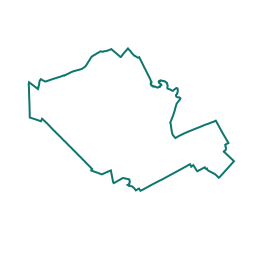 Dobrotesti, Teleorman, Romania (Albers equal-area conic projection), rotated 64°
{"feature_id": "2599482B98180276767532", "entity_name": "Dobrotesti", "entity_type": "district", "adm_level": 2, "iso_a3": "ROU", "parent_name": "Romania", "parent_adm1": "Teleorman", "projection": "albers", "projection_center": [24.898, 44.284], "detail": "fine", "context": "isolated", "style": "outline", "palette": "teal", "viewbox_px": 256, "rotation_deg": 64, "n_neighbors": 0, "source": "geoboundaries", "source_scale": "gbopen_adm2", "svg_char_len": 5330}
<svg xmlns="http://www.w3.org/2000/svg" viewBox="0 0 256 256"><g transform="rotate(64 128 128)"><path d="M150.1,179.7L150.3,179.5L151.7,178.1L154.7,175.2L158.2,171.9L158.3,169.1L158.5,163.2L158.6,162.0L170.2,165.1L170.4,165.1L171.3,165.0L171.3,164.7L170.8,156.3L170.7,154.6L170.9,154.2L174.3,149.9L174.4,149.7L174.7,149.5L174.9,149.4L175.7,149.7L176.7,149.8L177.1,149.9L177.4,150.1L177.6,150.3L177.6,150.5L178.3,151.0L178.9,151.4L178.9,151.5L178.8,151.8L179.3,152.3L179.1,152.6L179.1,152.8L179.0,153.0L179.0,153.3L180.0,152.8L180.2,152.7L180.7,152.1L180.8,151.6L181.0,151.3L181.6,150.8L182.1,150.1L182.6,149.8L183.6,149.4L184.1,149.0L187.5,148.3L187.2,144.7L189.9,144.3L189.9,142.0L189.7,137.1L189.4,131.4L189.2,123.1L189.2,119.3L188.9,113.2L188.4,101.1L188.0,93.2L187.7,88.2L188.6,88.1L189.2,87.9L190.5,88.1L190.2,86.5L190.0,85.6L193.2,85.2L194.7,85.1L197.2,84.7L197.3,84.4L197.2,83.0L197.0,77.5L197.0,76.3L197.7,76.3L197.7,76.2L198.8,75.9L198.9,75.5L198.9,75.1L199.0,74.9L199.2,75.1L199.5,75.2L199.8,75.0L200.5,74.9L201.8,74.4L202.1,74.2L202.4,73.9L203.8,72.8L206.2,71.1L207.5,70.1L207.8,69.9L210.5,68.9L211.1,68.7L212.5,68.3L212.5,68.0L212.5,67.7L210.1,61.6L209.8,60.9L206.7,53.2L205.0,49.0L204.3,47.3L197.3,49.9L192.6,51.7L191.5,52.2L191.3,52.3L191.2,52.3L191.1,52.1L190.9,51.4L191.0,51.2L190.9,50.9L190.9,50.6L190.7,50.2L190.5,49.8L190.4,49.7L190.2,49.5L189.7,49.3L189.5,49.0L189.1,48.7L188.8,48.6L188.6,48.6L188.3,48.5L187.7,48.6L187.1,48.5L186.9,48.4L186.7,48.1L185.9,47.9L185.7,47.9L185.6,47.1L185.5,44.3L185.0,44.3L178.8,44.8L175.4,45.1L175.2,45.1L170.1,45.4L169.8,45.4L164.8,45.6L159.9,45.9L159.9,48.3L159.7,49.6L159.5,52.0L159.3,54.4L159.0,56.6L158.9,57.7L158.7,61.3L158.6,62.3L158.6,63.1L158.5,64.1L158.3,66.7L157.7,75.1L157.5,79.5L157.5,80.8L157.5,83.4L157.5,86.0L157.7,88.2L157.8,89.8L157.3,90.0L153.6,90.8L153.3,90.8L152.3,90.6L148.4,89.6L144.6,88.4L144.2,88.2L142.8,87.8L142.2,87.8L141.6,87.7L141.4,87.4L141.2,87.1L140.5,86.3L137.9,83.5L136.9,82.4L133.5,79.0L133.0,78.5L132.6,78.3L131.0,76.9L130.5,76.5L129.9,75.8L129.2,75.3L128.5,74.6L128.0,74.1L127.6,73.8L127.1,73.0L125.4,69.4L124.7,68.1L124.4,68.0L123.9,67.9L123.7,68.0L123.3,68.2L123.0,68.5L122.7,68.9L122.5,69.5L122.1,70.0L121.5,70.4L120.7,70.8L120.1,70.7L119.8,70.6L119.4,70.3L119.2,70.1L119.2,69.7L119.0,69.1L118.9,69.0L118.7,69.0L118.0,68.3L117.8,68.1L117.8,67.8L117.6,67.7L117.4,67.5L116.4,67.1L115.9,66.7L115.5,66.5L114.7,66.3L114.2,66.2L113.5,66.6L113.4,66.8L113.3,67.1L113.3,67.3L113.4,67.6L113.4,68.0L113.6,68.3L113.6,69.0L113.7,69.5L114.1,70.6L114.2,71.0L114.2,71.5L114.0,71.8L113.7,72.1L113.1,72.4L112.9,72.6L112.0,73.1L111.3,73.8L111.1,74.1L110.4,74.8L109.8,75.1L109.6,75.2L109.4,75.2L108.8,74.9L108.7,74.7L107.7,74.1L107.6,73.9L106.9,73.7L106.6,73.7L106.4,73.7L105.9,73.5L105.7,73.5L105.3,73.3L104.9,73.3L104.8,73.5L104.3,73.3L103.1,74.0L102.7,74.2L102.5,74.4L102.2,74.5L102.0,74.9L101.6,75.0L101.2,75.7L101.2,75.9L100.5,76.6L100.3,76.7L100.2,76.9L100.1,77.2L99.4,77.9L99.4,78.2L99.4,78.6L99.4,78.9L99.4,79.0L99.6,79.0L99.4,79.4L99.7,79.8L99.9,80.1L100.2,80.2L100.5,80.2L101.4,80.2L102.2,79.6L102.8,79.6L103.1,79.4L103.3,79.1L103.6,79.1L103.9,79.3L104.1,79.3L104.1,79.5L104.1,80.0L104.3,80.2L104.4,80.8L104.8,81.0L104.8,81.4L104.9,81.5L104.5,81.8L104.5,82.1L104.8,82.5L104.6,83.4L104.6,83.7L104.6,83.9L104.4,84.1L103.3,84.9L102.7,85.5L102.6,85.8L102.4,85.9L102.4,86.2L102.3,86.4L101.8,86.7L101.6,86.7L101.5,86.8L101.5,87.0L101.6,87.3L101.2,87.4L100.9,87.4L100.6,87.8L100.3,87.9L100.1,88.1L100.1,88.3L99.6,88.3L99.1,88.2L98.7,88.4L98.4,88.3L98.1,88.1L98.0,87.8L98.0,87.6L97.9,87.6L97.3,87.5L97.2,87.5L97.1,87.2L97.0,86.8L97.0,86.7L96.8,86.6L96.1,86.8L94.8,86.8L94.5,86.7L94.2,86.6L92.8,86.6L87.8,86.7L87.4,86.7L82.5,86.7L81.9,86.8L73.6,86.8L69.3,86.9L69.3,87.5L69.3,87.9L69.2,88.2L68.9,88.5L67.3,89.5L66.5,89.9L66.1,90.4L65.8,90.6L65.4,90.8L61.6,91.9L60.4,92.0L58.2,92.7L57.1,93.1L56.5,93.2L58.5,98.0L59.8,100.8L60.8,102.7L61.0,103.1L61.0,103.4L60.9,103.6L49.8,108.4L49.6,111.3L49.4,112.7L49.3,113.6L49.2,114.3L48.5,115.8L48.5,116.1L48.5,117.1L48.4,117.4L47.4,118.5L47.2,118.9L47.0,119.4L47.1,119.7L47.3,120.7L47.3,123.1L47.5,124.2L47.6,125.3L47.6,126.4L47.6,127.0L47.7,127.3L48.0,129.4L48.1,129.7L54.0,139.2L54.1,139.7L54.5,142.4L54.6,143.4L54.6,143.7L54.6,144.0L54.4,145.3L53.5,150.0L53.1,152.4L53.0,152.5L53.0,153.2L52.9,155.0L53.0,156.5L52.9,158.7L53.0,162.2L52.6,162.3L52.3,165.7L51.0,174.3L50.1,181.4L50.0,182.0L49.1,182.7L47.8,183.7L46.6,184.5L45.9,184.8L46.1,185.3L46.6,186.2L46.8,186.5L47.1,186.9L48.0,187.6L48.8,188.1L49.8,188.8L50.6,189.3L50.9,189.6L51.9,190.8L52.1,190.8L52.3,190.7L52.5,190.8L52.9,191.3L53.2,191.5L53.4,191.8L53.5,191.9L51.2,193.0L43.5,196.9L44.0,197.3L44.7,197.8L47.7,199.1L49.4,199.9L50.4,200.3L53.4,201.7L53.8,201.8L54.5,202.2L55.5,202.6L58.9,204.2L60.0,204.6L67.1,207.8L68.0,208.3L70.7,209.4L73.7,210.9L75.5,211.7L76.1,211.0L78.1,209.0L81.2,205.8L82.6,204.5L83.8,203.3L82.0,201.2L83.6,200.5L84.3,200.3L87.9,198.9L90.2,198.1L92.8,197.3L94.5,196.8L95.1,196.5L96.5,196.2L97.7,195.7L102.4,194.1L104.0,193.5L106.6,192.6L106.8,192.5L111.3,191.1L112.3,190.6L113.6,190.2L116.3,189.3L118.4,188.6L122.3,187.2L122.8,187.1L127.9,185.3L131.9,184.0L134.0,183.2L134.9,183.0L137.7,182.0L144.3,179.8L146.4,179.1L149.1,178.2L149.2,178.5L149.3,178.9L149.4,179.1L150.1,179.7Z" fill="none" stroke="#0f766e" stroke-width="2"/></g></svg>